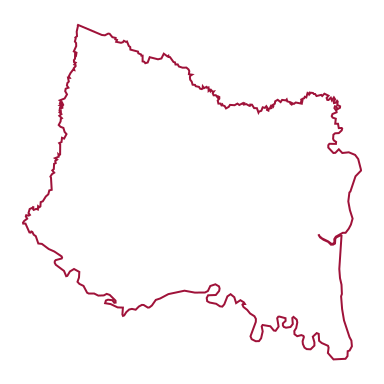 Aguadulce, Coclé, Panama (Natural Earth projection)
{"feature_id": "35544464B59836826406650", "entity_name": "Aguadulce", "entity_type": "district", "adm_level": 2, "iso_a3": "PAN", "parent_name": "Panama", "parent_adm1": "Coclé", "projection": "natural_earth1", "projection_center": [-80.598, 8.21], "detail": "fine", "context": "isolated", "style": "outline", "palette": "rose", "viewbox_px": 384, "rotation_deg": 0, "n_neighbors": 0, "source": "geoboundaries", "source_scale": "gbopen_adm2", "svg_char_len": 5849}
<svg xmlns="http://www.w3.org/2000/svg" viewBox="0 0 384 384"><path d="M30.6,232.6L31.3,231.5L32.3,231.9L33.7,234.7L35.8,236.2L38.3,243.5L41.9,243.9L48.7,249.0L54.3,251.5L61.6,256.4L62.1,257.6L61.7,258.5L55.7,260.1L54.8,261.2L54.7,262.8L55.8,264.8L64.0,270.9L66.2,276.2L67.3,275.9L69.9,271.5L74.0,269.0L79.3,271.9L79.0,277.5L77.5,281.8L79.4,283.9L83.5,285.9L87.1,292.7L88.7,293.5L94.1,293.5L98.3,295.6L103.8,295.4L106.7,293.9L109.7,294.9L115.5,300.6L115.6,302.6L114.3,302.8L112.3,300.2L108.0,299.7L105.9,300.5L105.1,303.2L110.7,304.1L117.6,307.4L122.9,307.6L122.4,314.5L123.0,315.9L124.2,315.4L126.3,312.1L129.2,309.5L131.9,308.9L135.7,309.7L138.9,306.5L141.9,304.9L143.7,305.0L147.9,307.6L149.4,307.4L151.9,305.5L155.8,299.9L160.1,298.5L168.4,294.1L184.5,290.7L194.8,292.6L205.0,292.5L207.9,291.0L210.3,286.0L215.4,284.3L219.0,286.4L219.6,288.6L219.1,291.0L215.8,295.0L208.1,295.3L206.7,298.0L207.2,301.2L209.5,302.5L216.2,303.8L219.9,306.3L222.3,306.6L224.3,304.3L227.4,296.4L230.6,294.2L234.3,297.2L236.1,303.1L240.4,300.2L243.9,302.4L244.9,304.0L242.8,304.1L242.4,304.7L243.5,307.0L247.2,309.9L250.1,313.5L254.4,316.2L255.9,318.9L255.8,321.9L250.5,336.3L251.7,339.2L255.7,341.2L259.0,341.1L261.1,338.3L262.7,331.4L261.7,326.4L262.6,325.0L270.4,326.3L273.8,330.5L275.6,330.8L278.6,326.6L277.2,318.2L278.3,316.7L279.5,316.6L285.5,318.2L285.6,320.9L282.9,323.4L282.9,325.5L283.8,326.9L286.0,327.7L290.5,327.0L292.8,324.0L292.3,318.0L293.5,316.9L296.7,319.6L297.3,322.4L296.2,328.0L294.3,331.0L294.5,334.2L297.2,336.2L301.3,335.1L303.4,335.9L303.9,337.0L302.6,341.2L302.9,344.1L304.5,347.6L306.7,349.1L310.6,349.3L314.4,345.6L314.4,342.3L312.8,336.7L316.7,333.1L318.7,333.9L319.1,340.8L321.7,343.0L328.0,345.8L328.6,347.6L327.9,353.0L333.5,359.4L345.5,358.8L347.5,356.1L347.7,351.2L349.6,350.5L351.9,346.3L351.4,340.6L349.5,337.1L344.0,320.4L342.1,309.0L341.1,296.3L341.9,294.0L341.5,284.7L340.0,278.1L339.3,269.0L341.5,235.8L340.3,235.4L336.2,237.5L335.3,238.9L335.0,243.5L333.2,244.6L331.0,244.7L328.2,241.9L323.5,239.8L320.1,237.4L318.8,235.3L318.6,234.3L319.6,236.3L322.1,238.4L328.2,241.4L332.1,244.3L334.4,242.5L334.3,239.1L335.8,236.7L342.8,232.8L345.6,232.8L348.8,228.6L350.9,224.6L352.6,218.6L349.9,210.1L348.3,201.4L349.4,192.5L350.4,191.5L355.5,176.3L361.0,170.6L360.9,169.5L358.2,159.0L355.1,154.9L348.8,152.3L342.3,153.0L338.8,149.3L335.4,152.8L333.4,153.0L328.3,147.6L328.3,145.2L329.4,143.8L335.9,143.9L336.1,141.9L333.8,140.4L333.1,138.8L333.4,134.7L335.1,133.3L338.8,133.1L341.7,130.4L342.2,128.7L341.7,128.0L338.8,128.1L338.0,123.8L335.2,123.7L335.8,118.7L332.6,117.6L331.7,116.1L332.5,114.0L336.6,112.3L336.4,110.9L334.4,108.1L334.9,106.3L336.3,106.6L337.5,109.2L340.0,107.7L340.1,106.3L337.3,104.9L337.7,101.5L337.1,100.8L335.7,102.7L334.0,103.1L333.7,101.5L335.1,99.3L333.9,97.4L331.9,100.4L330.8,97.7L328.5,100.0L327.3,99.9L326.6,98.0L328.5,95.7L324.4,93.7L322.2,96.0L321.2,94.9L316.5,96.0L315.1,94.0L313.8,94.0L313.0,93.0L310.7,92.7L309.4,94.3L309.1,93.1L308.3,94.0L307.5,93.2L306.3,97.4L304.8,96.8L304.1,98.3L302.4,98.8L302.5,99.8L301.4,99.8L301.9,100.9L301.3,100.8L301.0,102.3L302.0,102.4L301.8,103.7L295.7,102.5L293.9,103.9L292.1,103.1L292.4,104.0L291.7,104.6L290.3,103.5L290.3,102.2L287.3,101.4L286.7,99.4L285.8,100.4L282.1,99.9L280.6,102.1L277.7,99.8L275.2,101.3L274.8,103.7L272.2,105.3L273.4,106.1L273.0,107.0L271.0,105.8L270.3,107.3L271.0,108.2L268.7,108.8L268.4,110.6L267.0,109.9L267.3,107.7L266.3,106.2L264.9,107.9L262.7,107.3L261.3,110.8L259.0,111.6L258.5,112.6L256.9,108.2L254.1,108.1L252.0,104.7L250.3,104.6L250.2,105.7L249.5,105.9L246.3,104.1L244.1,104.5L244.2,103.4L243.2,103.8L243.0,103.1L239.3,105.0L237.4,103.6L234.6,105.2L230.0,104.9L228.7,106.9L226.0,108.4L224.6,106.0L222.7,105.4L222.3,104.4L221.4,105.2L220.6,103.6L218.4,103.6L217.7,100.5L219.3,98.7L219.3,97.0L218.1,96.4L217.7,97.6L215.8,95.2L213.6,95.3L212.7,93.1L213.8,91.5L212.7,91.7L211.1,90.0L210.4,91.2L209.7,89.8L208.6,90.8L208.5,87.4L206.9,87.7L206.5,86.9L204.1,88.1L202.8,86.4L202.6,88.5L201.8,89.1L200.1,88.7L199.0,86.9L195.7,86.2L195.0,84.9L192.6,84.7L191.7,81.6L190.2,79.7L189.9,77.1L190.2,75.9L192.0,74.7L188.9,74.2L189.3,71.1L188.5,69.4L186.4,67.6L182.6,67.7L178.9,66.5L177.7,64.4L175.5,64.5L175.0,62.4L173.5,62.0L170.0,57.1L168.7,57.0L168.4,55.7L167.4,56.4L163.8,53.7L161.4,58.5L158.0,59.3L149.7,57.2L147.7,62.5L145.3,63.2L144.3,61.8L142.6,61.4L142.6,55.7L141.4,55.7L141.1,54.5L138.3,53.3L138.0,51.6L130.4,49.6L130.2,47.0L128.8,46.0L127.0,41.5L126.0,41.9L123.9,40.8L122.9,42.2L121.0,42.8L116.2,41.8L117.0,39.9L115.3,39.3L115.6,37.9L112.4,37.2L109.6,33.8L108.2,33.6L104.9,35.3L101.9,35.0L77.3,24.6L78.1,25.4L76.7,31.6L77.0,36.2L75.3,37.6L75.7,38.5L74.9,41.5L76.1,43.1L76.2,46.1L73.8,51.4L76.5,52.7L76.1,55.1L75.1,53.8L75.0,58.7L73.9,60.2L74.0,62.0L75.7,62.7L74.3,64.5L75.6,65.1L75.6,66.2L73.7,68.3L74.3,70.1L73.0,69.8L70.5,73.1L68.8,76.4L69.7,77.8L68.0,77.7L68.8,81.6L67.4,83.0L66.9,85.5L68.4,87.7L65.7,88.7L65.2,91.2L67.0,94.4L64.6,98.5L59.8,100.4L60.9,101.3L59.9,103.3L60.9,104.3L60.0,105.1L61.7,105.2L61.5,103.6L62.2,102.8L63.2,104.9L62.2,106.3L62.4,107.8L61.5,108.1L60.7,106.7L60.1,107.2L59.5,110.8L60.2,111.6L60.8,111.1L60.9,112.2L59.8,112.6L61.4,114.1L59.3,115.8L61.9,118.2L60.8,118.9L60.6,121.4L58.7,125.0L60.5,126.8L63.4,127.9L64.6,131.9L66.5,134.1L64.1,138.6L62.0,137.8L61.5,142.1L59.2,143.1L60.2,144.5L60.1,154.5L59.3,155.1L58.4,154.3L58.7,156.7L55.0,158.2L57.1,159.6L55.2,161.0L55.7,163.1L54.1,163.8L53.8,169.1L52.3,170.4L54.2,172.7L52.0,174.1L50.4,176.6L51.0,177.7L51.7,189.8L49.3,190.4L48.3,194.3L45.8,196.5L42.8,201.3L40.7,202.1L40.4,206.4L39.5,207.2L38.1,206.2L37.9,209.5L36.2,208.9L33.7,209.9L33.0,209.0L33.5,206.4L32.6,207.7L29.7,209.0L28.5,213.0L29.9,214.9L28.7,215.6L26.2,215.2L25.8,216.4L27.2,218.7L24.2,220.9L23.0,222.7L23.2,223.6L25.5,223.6L29.4,232.4L30.6,232.6Z" fill="none" stroke="#9f1239" stroke-width="2"/></svg>